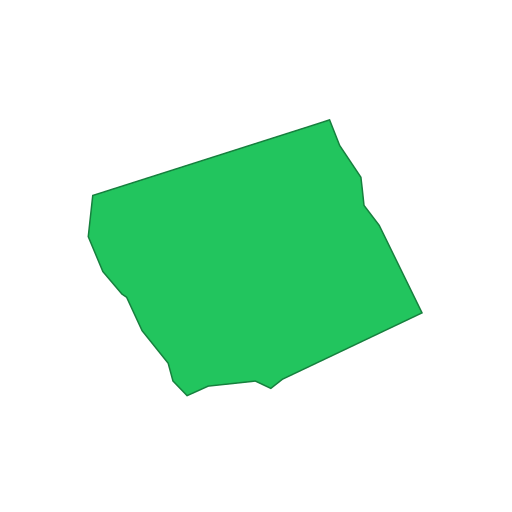 the district of Fluvanna, Virginia, United States of America, rotated 37°
{"feature_id": "52423323B11233597395772", "entity_name": "Fluvanna", "entity_type": "district", "adm_level": 2, "iso_a3": "USA", "parent_name": "United States of America", "parent_adm1": "Virginia", "projection": "natural_earth1", "projection_center": [-78.273, 37.848], "detail": "fine", "context": "isolated", "style": "filled", "palette": "green", "viewbox_px": 512, "rotation_deg": 37, "n_neighbors": 0, "source": "geoboundaries", "source_scale": "gbopen_adm2", "svg_char_len": 433}
<svg xmlns="http://www.w3.org/2000/svg" viewBox="0 0 512 512"><g transform="rotate(37 256 256)"><path d="M285.0,409.0L296.2,388.6L330.7,356.3L347.5,352.8L351.3,338.4L422.8,201.5L336.0,157.4L311.8,150.6L300.2,138.2L292.4,130.0L256.3,117.4L232.8,103.0L225.9,112.9L89.2,305.9L110.4,341.5L143.1,360.6L171.9,367.1L177.5,366.8L210.0,384.2L250.4,394.5L264.9,405.8L285.0,409.0Z" fill="#22c55e" stroke="#15803d" stroke-width="1.5"/></g></svg>